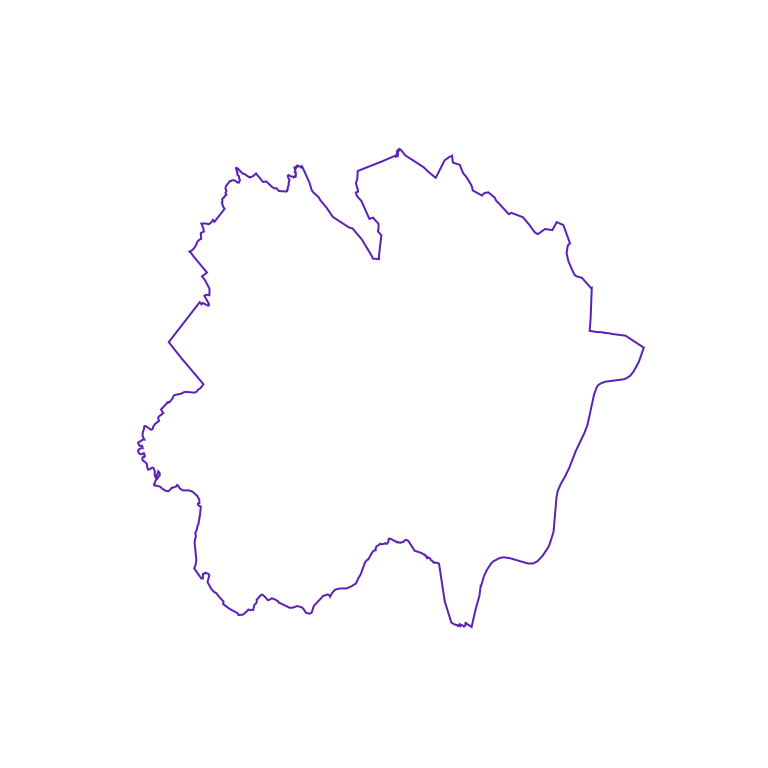 outline of Sventes pag., Daugavpils, Latvia, rotated 66°
{"feature_id": "27541924B80742795502066", "entity_name": "Sventes pag.", "entity_type": "district", "adm_level": 2, "iso_a3": "LVA", "parent_name": "Latvia", "parent_adm1": "Daugavpils", "projection": "robinson", "projection_center": [26.339, 55.911], "detail": "fine", "context": "isolated", "style": "outline", "palette": "violet", "viewbox_px": 768, "rotation_deg": 66, "n_neighbors": 0, "source": "geoboundaries", "source_scale": "gbopen_adm2", "svg_char_len": 6165}
<svg xmlns="http://www.w3.org/2000/svg" viewBox="0 0 768 768"><g transform="rotate(66 384 384)"><path d="M641.6,402.8L627.4,392.2L616.2,382.9L607.7,377.8L608.0,377.5L599.8,370.5L595.4,365.2L591.2,358.6L590.4,355.7L590.0,349.2L590.9,345.3L594.3,339.9L606.8,325.1L608.7,320.5L608.3,315.8L605.5,309.1L600.2,300.7L598.2,298.3L588.1,289.3L558.2,272.8L552.5,268.9L547.5,263.5L542.2,256.3L536.2,249.1L522.9,235.7L510.2,220.8L504.2,214.8L479.2,196.5L474.1,191.6L472.6,189.6L471.9,187.8L471.6,185.6L472.0,180.6L477.1,163.4L477.4,160.2L476.6,155.7L474.1,150.9L467.5,142.3L456.5,131.9L438.1,143.7L430.8,155.7L429.1,157.8L426.6,162.6L426.1,162.6L424.0,166.3L423.9,167.2L419.1,174.5L407.8,168.4L380.7,155.1L380.7,155.8L367.5,160.0L364.0,164.3L361.8,165.5L355.3,165.7L346.8,165.6L338.5,163.9L332.4,159.8L331.8,159.1L331.3,156.9L311.7,155.5L306.4,160.4L311.9,167.6L307.9,173.9L309.7,182.5L306.7,184.6L296.9,186.7L288.1,189.3L279.4,198.1L279.7,200.9L264.0,206.2L262.9,206.9L258.6,207.1L251.3,210.8L250.4,214.7L251.7,217.8L243.2,224.3L240.6,223.5L237.5,223.4L228.6,224.5L223.5,226.0L214.6,225.7L209.8,231.0L203.2,229.0L203.5,230.3L203.0,231.3L204.3,237.6L216.7,252.9L208.0,257.3L202.1,259.6L183.7,271.6L176.5,273.5L175.5,274.3L175.5,274.8L176.7,275.3L176.5,275.8L177.1,276.2L176.1,276.6L176.3,277.1L177.9,278.0L179.5,277.9L179.4,278.9L180.1,278.7L180.1,278.0L181.5,278.8L180.4,279.9L181.2,280.4L181.2,280.9L180.3,281.3L180.0,281.9L179.8,296.3L178.7,321.3L186.4,325.4L189.0,328.0L196.1,328.9L197.7,329.5L197.6,331.8L201.2,332.3L207.5,330.2L227.2,330.2L227.6,326.4L235.3,323.9L238.7,325.2L242.2,327.5L247.0,325.9L264.2,336.1L267.9,337.8L264.9,343.2L262.0,343.1L242.6,345.5L228.9,349.6L226.8,352.3L210.5,362.8L199.9,364.7L190.2,367.4L186.8,367.7L180.6,370.5L177.9,371.2L169.4,370.2L152.4,370.3L152.2,371.1L151.9,371.0L152.3,371.7L151.5,371.8L150.7,372.7L150.4,374.0L149.7,373.7L149.1,374.4L150.0,375.1L149.6,375.5L149.7,376.2L151.2,376.7L151.2,377.3L150.8,377.4L151.7,377.9L151.3,378.1L154.6,378.6L154.4,379.2L156.5,379.1L158.0,379.9L158.5,380.3L158.1,380.8L158.7,381.0L158.2,382.3L158.4,382.7L157.3,383.1L156.7,384.5L154.4,386.0L154.5,387.1L156.5,387.7L159.0,387.3L162.0,389.6L163.8,390.3L165.0,391.8L167.2,392.8L167.1,393.4L168.4,394.1L168.5,394.9L165.0,401.4L161.4,402.6L160.9,404.3L158.7,406.0L151.0,409.2L150.3,412.3L139.6,415.3L140.8,418.7L140.8,421.3L140.1,422.9L140.3,423.0L135.3,426.2L133.8,427.8L127.6,429.9L126.4,431.2L126.7,431.6L128.8,431.3L129.1,431.8L131.1,431.8L131.1,432.1L132.4,432.6L133.5,432.8L135.1,432.0L137.9,432.8L139.1,432.6L141.0,434.7L140.2,436.1L139.7,435.9L136.7,438.3L136.1,440.0L136.5,441.1L135.9,442.1L138.9,447.9L141.1,449.4L143.5,449.4L144.9,451.1L147.0,451.0L147.4,452.8L148.5,454.0L148.3,454.7L148.9,455.2L149.0,456.2L149.9,457.0L151.0,457.1L152.3,457.9L152.4,458.4L156.9,458.8L159.2,458.4L166.8,473.0L164.5,473.5L166.0,475.8L166.8,479.0L164.7,481.9L163.2,485.6L168.4,485.7L171.4,486.5L171.6,490.0L177.1,492.0L177.0,493.4L177.7,495.8L178.4,497.0L180.6,499.0L183.0,502.8L183.9,505.6L183.9,507.8L187.0,506.6L188.8,506.4L210.2,500.4L211.6,506.5L217.0,505.2L226.1,504.7L231.9,507.4L230.1,510.1L230.3,512.2L240.0,511.4L241.1,512.3L240.4,513.3L236.2,516.6L237.0,518.3L234.3,519.1L258.2,563.6L277.3,558.8L310.8,549.0L313.1,553.2L313.7,556.4L314.8,558.2L314.9,559.7L314.7,560.8L310.5,568.4L310.1,570.9L310.4,573.1L308.9,579.8L309.0,580.7L311.5,583.5L313.1,586.8L312.8,588.8L313.3,588.5L313.3,590.2L316.3,597.5L316.7,598.1L320.9,597.5L320.9,598.7L321.5,599.6L321.9,602.3L322.6,603.6L323.3,604.2L326.3,604.6L327.2,609.0L329.0,612.1L330.8,613.5L331.2,614.7L330.9,615.5L325.6,618.8L325.1,619.4L325.2,620.3L327.8,621.8L329.6,623.8L333.4,625.8L337.3,625.5L336.7,626.7L337.3,629.9L337.3,631.9L337.8,632.6L341.0,632.5L341.9,630.3L342.4,630.1L344.5,630.6L343.8,632.1L344.0,634.4L345.0,635.9L345.9,636.1L347.4,636.0L349.0,635.2L349.7,633.8L349.3,632.0L349.7,631.4L352.7,631.8L353.1,632.8L352.6,633.1L353.1,634.7L354.4,635.4L356.3,635.2L358.2,633.9L360.9,633.1L362.5,634.0L366.3,634.2L366.5,632.2L366.1,629.9L366.9,628.7L370.8,628.9L373.6,630.4L376.8,630.7L377.0,630.0L376.6,629.3L375.0,628.8L373.3,626.7L372.0,625.8L374.0,625.2L375.4,625.5L376.6,626.5L376.9,627.8L378.2,629.3L378.6,630.8L379.6,632.2L381.9,634.2L381.9,634.9L383.2,635.1L386.4,630.5L389.9,628.9L392.8,626.9L394.2,624.7L394.1,623.6L392.4,619.8L392.8,619.1L393.1,615.3L392.1,614.1L393.2,613.4L396.6,613.0L399.5,610.8L401.8,605.7L403.6,603.5L405.2,602.4L410.3,600.1L414.7,599.8L417.7,601.1L417.5,602.5L417.9,602.9L419.5,602.9L421.4,601.2L428.0,604.9L436.5,610.5L437.7,612.0L441.5,614.8L443.3,617.0L446.4,617.7L451.2,621.3L468.7,627.1L472.6,629.7L475.3,632.4L487.3,630.0L488.0,628.6L483.8,626.5L484.3,624.9L483.7,624.0L486.3,621.4L487.8,621.4L493.1,625.8L500.9,625.1L504.4,624.0L507.2,622.1L509.6,621.7L517.6,619.1L519.6,620.5L527.1,616.2L533.8,611.0L535.8,611.0L537.3,606.9L536.3,603.0L534.9,599.6L536.0,598.7L536.4,596.9L537.3,595.5L533.0,592.2L532.3,589.8L530.4,588.4L529.4,588.2L526.8,582.4L526.8,580.9L529.5,579.5L534.2,578.1L534.5,577.4L534.2,573.6L536.1,571.5L539.5,569.1L541.2,569.0L541.7,568.2L550.3,561.0L551.3,557.8L551.5,553.8L554.3,550.1L556.9,549.0L560.4,548.6L561.5,548.0L563.6,545.5L563.4,543.0L558.1,538.3L554.1,528.5L552.9,526.3L553.3,521.1L554.7,519.9L556.4,519.8L554.0,516.7L552.0,512.3L552.9,507.3L555.6,501.1L555.5,495.4L554.7,490.5L551.6,487.2L548.2,482.5L539.1,473.8L537.7,470.6L537.9,469.8L534.0,464.7L532.3,461.8L532.4,459.1L531.5,459.1L529.5,457.2L529.1,456.3L529.0,454.6L528.3,452.5L529.4,451.5L530.1,448.7L529.9,447.5L530.9,447.0L531.1,446.2L530.6,445.1L529.4,443.8L527.3,442.7L528.0,441.0L534.1,436.3L533.7,435.9L535.7,433.8L535.5,433.1L536.3,430.7L535.5,429.5L535.3,427.2L537.4,425.6L548.8,423.8L553.7,418.4L556.3,416.8L556.2,416.5L557.6,415.7L558.3,416.0L560.1,415.5L559.8,414.7L560.7,414.8L560.6,414.4L561.8,412.9L564.1,412.8L564.9,411.9L567.1,411.4L567.0,411.0L567.6,410.9L568.8,408.4L570.5,406.8L607.2,416.9L629.3,419.5L632.5,417.3L633.9,415.2L635.2,414.9L635.3,414.4L634.6,413.4L636.3,412.9L636.1,412.5L634.8,412.1L635.8,411.5L636.4,410.3L638.1,409.5L637.6,407.8L635.5,406.8L635.7,406.1L636.6,406.0L641.6,402.8Z" fill="none" stroke="#5b21b6" stroke-width="2"/></g></svg>